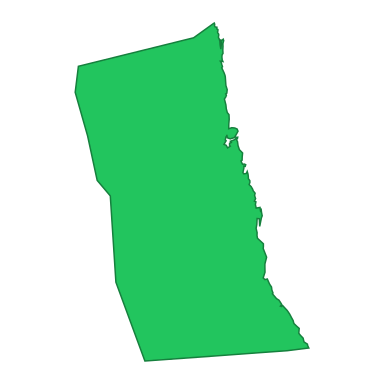 the district of Sawakin, Red Sea, Sudan
{"feature_id": "16777658B58699373531896", "entity_name": "Sawakin", "entity_type": "district", "adm_level": 2, "iso_a3": "SDN", "parent_name": "Sudan", "parent_adm1": "Red Sea", "projection": "robinson", "projection_center": [37.356, 19.026], "detail": "fine", "context": "isolated", "style": "filled", "palette": "green", "viewbox_px": 384, "rotation_deg": 0, "n_neighbors": 0, "source": "geoboundaries", "source_scale": "gbopen_adm2", "svg_char_len": 2420}
<svg xmlns="http://www.w3.org/2000/svg" viewBox="0 0 384 384"><path d="M87.6,135.9L96.3,176.3L97.2,180.4L110.3,195.9L115.9,282.2L144.9,361.0L221.3,355.5L260.7,352.6L287.2,350.7L308.8,348.0L307.7,345.7L307.4,344.1L305.8,343.1L304.0,341.9L303.1,338.1L300.5,335.4L298.8,333.3L299.2,328.4L296.9,326.4L293.9,323.5L293.1,320.5L291.5,317.6L289.6,314.0L287.2,310.5L282.6,305.5L281.5,306.5L280.4,306.1L281.6,304.7L281.4,303.9L279.0,300.2L276.5,298.6L272.4,293.8L273.0,293.0L271.9,290.1L271.5,287.0L269.7,284.3L268.8,282.4L267.3,279.0L264.9,279.6L263.2,277.9L265.0,272.2L264.9,267.1L264.9,264.0L266.6,257.2L265.0,253.1L263.2,248.5L263.4,246.6L263.4,243.8L257.5,238.3L257.0,235.6L257.1,232.6L256.1,228.4L256.8,224.5L257.1,218.5L259.3,218.7L259.7,226.4L261.4,217.9L262.2,215.8L261.5,212.2L261.2,209.8L260.5,210.7L260.0,207.4L256.2,208.1L255.4,204.6L255.9,201.8L254.4,201.2L255.6,198.6L255.2,197.6L254.6,195.4L255.1,193.2L253.1,190.7L252.7,189.3L251.2,186.7L249.1,184.6L249.9,182.4L249.8,180.6L248.4,178.7L248.3,176.4L248.0,174.1L247.2,171.5L246.4,173.4L243.9,173.9L242.9,172.6L243.9,168.0L243.8,166.2L245.2,166.4L245.7,164.7L244.5,164.1L242.5,164.2L241.7,162.6L241.0,160.9L242.1,160.2L242.2,157.1L242.6,153.0L239.4,149.7L238.0,145.5L237.5,141.6L236.3,139.4L237.4,138.7L237.7,137.2L236.1,137.3L235.8,138.5L234.1,139.9L230.4,141.3L231.3,142.5L229.6,143.2L229.5,145.2L230.3,146.2L227.6,147.9L226.2,145.3L224.0,144.4L225.4,141.9L226.1,140.8L225.2,139.9L225.6,138.6L225.8,137.1L226.7,136.1L226.8,134.8L227.4,137.8L228.4,138.2L230.3,138.9L231.6,138.4L233.5,137.9L234.6,137.2L236.2,134.6L238.0,131.2L237.1,129.0L234.8,128.0L231.8,127.7L228.7,128.7L228.8,124.0L229.2,119.3L229.0,114.7L227.3,112.6L226.7,110.3L226.3,108.9L225.9,104.9L224.4,99.0L225.8,96.9L226.4,95.2L225.7,93.9L226.8,93.2L227.2,89.6L225.9,85.5L225.3,76.9L225.0,75.4L224.1,72.9L222.7,69.9L221.7,67.7L222.5,66.8L222.2,65.8L221.7,64.4L221.4,62.7L220.3,61.2L221.4,61.1L222.9,61.5L222.2,59.9L221.9,56.9L222.1,54.8L223.0,53.4L222.8,50.2L223.0,46.1L222.9,44.8L223.0,43.1L223.7,40.6L223.2,39.2L222.9,39.5L221.8,40.3L221.0,40.1L221.5,43.9L220.8,49.1L220.1,44.8L219.8,41.1L219.2,38.9L218.5,37.8L218.5,36.5L218.8,35.0L218.6,34.0L217.8,33.0L217.5,31.9L217.9,31.0L217.9,29.5L216.8,28.9L216.9,27.2L215.2,27.0L214.5,25.8L214.7,24.4L214.5,23.6L214.2,23.0L212.8,24.0L200.7,32.7L193.6,37.8L189.9,38.7L78.4,66.3L75.2,92.3L87.6,135.9Z" fill="#22c55e" stroke="#15803d" stroke-width="1.5"/></svg>